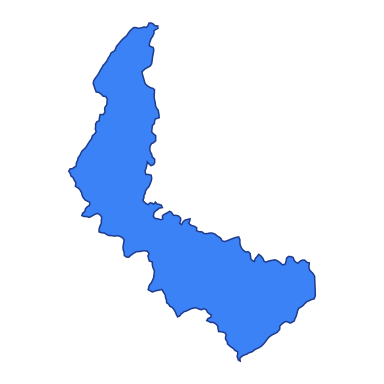 the district of Bom Jesus do Itabapoana, Rio de Janeiro, Brazil
{"feature_id": "56859067B13557448343202", "entity_name": "Bom Jesus do Itabapoana", "entity_type": "district", "adm_level": 2, "iso_a3": "BRA", "parent_name": "Brazil", "parent_adm1": "Rio de Janeiro", "projection": "robinson", "projection_center": [-41.691, -21.09], "detail": "fine", "context": "isolated", "style": "filled", "palette": "blue", "viewbox_px": 384, "rotation_deg": 0, "n_neighbors": 0, "source": "geoboundaries", "source_scale": "gbopen_adm2", "svg_char_len": 5185}
<svg xmlns="http://www.w3.org/2000/svg" viewBox="0 0 384 384"><path d="M202.0,231.9L199.4,231.7L196.5,230.8L196.7,227.7L194.6,226.4L191.4,225.4L188.7,223.4L189.7,221.0L190.1,218.8L187.2,219.5L185.0,220.1L183.3,221.5L181.5,224.6L179.6,223.4L180.7,220.3L180.6,218.1L178.5,216.0L176.3,215.4L173.4,215.3L171.4,212.3L169.7,211.3L166.7,213.1L164.0,214.5L162.4,216.0L162.7,218.9L160.7,219.8L157.8,218.7L155.2,218.5L153.3,216.4L154.1,212.6L155.7,210.9L157.6,209.6L159.2,208.2L162.4,207.6L161.3,205.1L158.9,204.3L157.0,204.1L155.4,202.1L153.8,204.2L152.1,203.1L150.2,202.8L147.9,204.7L145.3,203.0L142.9,200.6L143.9,197.8L143.9,195.5L145.1,193.5L145.5,191.0L147.0,188.6L148.8,186.8L150.2,183.6L151.3,180.7L151.7,178.2L151.2,175.3L148.9,174.5L145.8,174.4L145.0,171.1L146.1,168.1L146.7,165.4L147.3,162.0L149.0,164.0L151.1,165.7L153.7,164.5L154.7,162.4L154.7,159.2L152.3,157.0L151.6,154.1L150.4,151.9L149.8,149.7L150.0,146.5L151.5,143.6L153.6,142.7L155.7,140.7L155.7,138.3L155.7,135.6L153.8,134.2L151.7,132.0L152.0,128.8L152.5,125.3L154.4,123.6L154.6,121.0L155.4,118.8L157.4,118.4L159.2,117.7L159.0,114.7L158.2,110.4L156.3,107.6L155.5,105.4L155.2,102.7L154.6,100.0L154.2,97.8L154.2,95.7L154.4,92.5L154.5,89.7L152.9,88.4L150.5,87.7L147.6,86.0L145.8,84.4L144.7,82.5L143.9,79.3L142.8,75.7L141.9,71.9L144.8,69.1L147.4,67.6L150.0,66.2L151.6,63.9L152.3,59.3L152.6,56.6L153.1,54.2L153.5,52.0L153.8,49.5L153.1,47.4L151.1,46.7L149.2,45.6L149.5,43.1L150.3,40.9L151.1,38.6L152.5,36.6L154.0,33.4L153.8,31.2L155.5,29.6L158.0,28.3L157.8,26.0L154.9,25.7L152.9,23.7L151.1,23.0L149.0,23.1L147.9,25.7L146.3,27.5L144.2,26.9L141.4,27.8L138.7,28.3L135.5,27.5L133.6,27.6L131.9,29.0L129.8,31.1L128.1,33.4L126.8,35.6L124.5,37.5L122.6,39.2L121.2,40.7L119.9,42.3L118.5,44.0L116.6,46.1L115.7,48.5L114.7,50.7L113.0,51.7L111.1,52.9L109.7,55.9L108.1,58.3L106.8,61.0L104.8,63.7L103.2,65.3L101.9,67.7L99.8,71.2L98.4,74.0L96.9,76.1L95.1,78.4L93.6,81.0L93.2,83.8L94.0,85.7L94.9,88.7L96.2,92.0L98.6,92.3L101.2,94.1L103.1,96.2L105.6,96.4L107.3,98.9L107.0,101.5L106.8,104.7L105.0,107.2L104.6,109.4L105.0,112.0L103.3,114.6L100.1,114.5L99.3,118.4L99.3,120.7L96.9,121.7L95.6,123.9L95.6,126.7L95.3,129.1L96.2,131.6L94.6,133.9L92.3,135.9L91.6,138.6L89.7,141.2L87.8,144.2L86.1,147.0L83.8,149.5L82.0,151.0L81.0,153.0L79.9,155.4L78.3,157.4L77.5,160.4L76.4,162.9L76.1,166.2L74.0,167.4L72.3,168.7L70.0,168.9L68.7,171.2L70.2,173.4L71.1,176.3L72.9,177.3L74.2,180.1L75.9,182.9L75.4,186.3L77.1,187.4L78.8,188.4L80.4,190.5L81.7,193.2L82.3,195.8L83.3,197.8L85.1,200.0L87.7,201.3L89.7,202.2L89.6,205.2L86.6,207.3L85.3,209.1L84.8,211.5L82.7,213.1L81.8,215.6L84.1,216.5L87.0,216.6L89.2,217.4L91.3,216.4L93.3,215.2L95.3,214.2L97.7,213.4L100.0,214.9L101.7,217.0L101.3,220.5L101.3,223.5L100.0,225.9L99.1,228.9L99.0,231.9L101.7,232.8L104.5,233.0L106.3,234.3L108.7,235.5L111.6,235.6L114.4,236.1L117.6,235.7L120.1,236.4L122.2,237.6L124.1,239.6L123.7,242.9L123.0,246.6L123.2,249.8L124.0,251.9L124.4,255.6L126.5,257.1L128.8,257.2L131.0,255.1L133.8,253.2L136.4,251.7L138.5,251.6L141.2,251.3L143.0,250.8L145.0,250.8L147.4,251.4L149.1,253.5L147.9,255.9L148.7,258.9L149.4,261.1L152.3,261.9L152.3,264.9L153.1,268.0L154.4,270.9L154.0,274.9L153.5,278.0L152.2,281.0L151.2,282.9L149.6,284.8L148.7,287.1L148.2,289.7L150.1,290.8L152.4,292.0L155.4,290.9L157.7,290.4L159.9,290.0L161.8,289.4L163.4,292.1L165.1,294.6L165.6,297.6L166.5,300.3L166.6,302.8L168.6,304.1L170.0,306.5L171.8,307.0L173.7,309.2L175.3,311.9L176.5,314.8L177.6,316.9L179.5,316.1L181.4,313.8L184.0,311.7L186.1,311.1L188.6,310.0L191.1,308.7L193.6,308.1L196.3,307.8L198.7,309.0L201.2,309.8L204.1,308.6L206.3,309.9L207.6,312.3L209.4,313.9L211.2,314.9L210.7,317.4L208.1,318.4L206.7,320.6L209.2,321.7L211.0,322.5L212.9,322.3L215.6,323.7L217.6,325.8L218.1,328.8L218.6,331.6L221.7,331.8L224.8,332.8L226.3,334.9L225.5,337.0L225.6,339.4L227.2,341.5L227.5,343.9L230.2,346.4L233.5,348.6L234.9,350.4L237.6,351.7L237.7,354.0L237.1,356.4L238.4,360.1L240.2,361.0L239.8,358.4L241.4,356.7L243.7,355.2L246.8,354.2L248.8,352.8L250.7,352.3L252.8,351.4L254.4,349.9L256.2,348.9L258.6,347.9L261.6,346.0L264.0,343.5L266.1,340.8L267.5,338.8L269.1,337.0L271.9,335.0L274.2,333.9L277.1,332.4L279.7,329.4L279.8,326.1L281.6,324.2L283.4,322.8L285.9,321.4L288.1,322.1L290.1,323.1L292.1,322.3L294.3,320.9L294.9,318.8L296.2,316.2L297.0,313.4L297.6,310.8L298.7,308.4L301.2,306.9L303.1,305.5L304.7,303.6L307.2,301.4L309.0,300.8L310.9,299.8L314.2,298.8L315.3,295.8L315.3,293.2L314.6,276.2L313.0,273.6L309.7,270.2L308.9,267.2L309.3,262.8L307.0,262.4L304.7,260.1L302.2,260.1L299.5,261.6L298.0,263.2L296.2,262.4L294.3,260.7L293.2,257.6L291.3,256.6L288.4,256.5L286.6,258.1L286.1,261.2L285.0,264.3L282.4,264.8L280.3,262.8L277.3,260.7L275.1,259.8L272.2,260.3L270.3,260.7L268.1,261.2L266.0,262.2L264.1,261.3L262.9,258.4L261.1,256.1L258.7,254.3L257.0,256.7L255.4,258.3L254.3,261.6L251.1,259.5L250.5,256.3L250.2,253.5L248.2,251.7L245.6,252.0L243.0,250.0L241.3,247.7L240.3,245.3L239.9,242.9L239.9,239.6L238.7,236.9L235.5,237.5L232.9,238.4L230.0,239.6L227.4,240.6L225.1,241.5L222.2,241.0L220.7,238.2L219.1,237.0L217.1,235.9L215.2,234.2L212.4,233.1L210.0,233.0L207.2,233.6L204.2,233.6L202.0,231.9Z" fill="#3b82f6" stroke="#1e3a8a" stroke-width="1.5"/></svg>